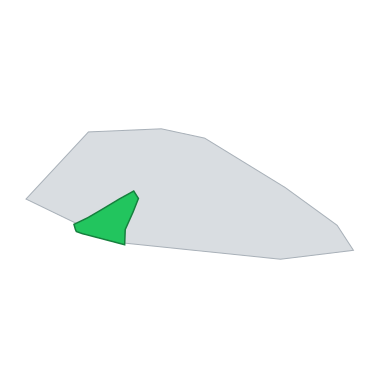 where Micoud sits in Saint Lucia, rotated 94°
{"feature_id": "LCA-5083", "entity_name": "Micoud", "entity_type": "Quarter", "adm_level": 1, "iso_a3": "LCA", "parent_name": "Saint Lucia", "parent_adm1": "", "projection": "equal_earth", "projection_center": [-60.927, 13.81], "detail": "fine", "context": "in_parent", "style": "filled", "palette": "green", "viewbox_px": 384, "rotation_deg": 94, "n_neighbors": 0, "source": "natural_earth", "source_scale": "10m", "svg_char_len": 504}
<svg xmlns="http://www.w3.org/2000/svg" viewBox="0 0 384 384"><g transform="rotate(94 192 192)"><path d="M247.4,265.3L210.6,357.1L139.3,299.5L131.1,227.0L137.4,183.1L181.1,99.3L215.1,44.9L238.9,26.9L252.9,99.1L247.4,265.3Z" fill="#d9dde1" stroke="#a8b0b8" stroke-width="1"/><path d="M249.3,255.5L241.2,298.5L239.5,304.6L237.5,305.7L232.5,307.5L225.1,294.5L216.9,282.4L203.8,263.7L195.1,250.2L202.2,245.0L216.1,249.4L234.1,256.0L249.3,255.5Z" fill="#22c55e" stroke="#15803d" stroke-width="1.5"/></g></svg>